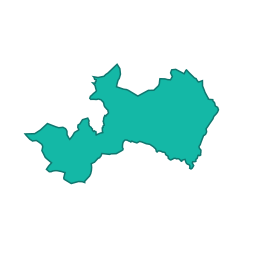 Kafur, Katsina, Nigeria, rotated 40°
{"feature_id": "59680162B10083289652159", "entity_name": "Kafur", "entity_type": "district", "adm_level": 2, "iso_a3": "NGA", "parent_name": "Nigeria", "parent_adm1": "Katsina", "projection": "orthographic", "projection_center": [7.693, 11.624], "detail": "fine", "context": "isolated", "style": "filled", "palette": "teal", "viewbox_px": 256, "rotation_deg": 40, "n_neighbors": 0, "source": "geoboundaries", "source_scale": "gbopen_adm2", "svg_char_len": 4507}
<svg xmlns="http://www.w3.org/2000/svg" viewBox="0 0 256 256"><g transform="rotate(40 128 128)"><path d="M129.9,197.6L129.1,196.7L129.1,196.3L129.4,189.5L129.2,188.8L128.8,187.1L127.8,185.1L127.1,183.8L126.7,183.3L125.5,181.6L122.8,178.9L124.3,175.7L124.5,170.5L125.4,169.0L125.2,167.7L125.3,166.9L125.1,166.4L124.8,165.5L124.4,164.3L130.8,160.1L131.7,158.6L135.5,155.2L137.5,150.0L137.6,149.8L138.1,148.0L137.5,147.0L136.2,146.5L135.5,145.5L134.8,144.6L134.0,143.3L133.4,141.9L133.3,140.0L133.3,139.5L134.0,138.6L135.3,137.8L136.9,137.5L138.0,137.0L139.2,136.9L139.3,135.6L141.5,134.9L144.4,133.7L145.5,130.8L147.6,129.8L152.1,128.3L155.2,126.5L159.6,126.0L161.1,126.2L162.2,126.1L163.3,126.6L163.9,127.0L164.5,127.6L165.7,127.7L165.8,127.2L165.8,126.5L166.1,125.8L167.3,125.1L168.7,124.4L169.7,124.4L170.7,123.7L171.6,123.2L172.0,123.1L172.8,123.3L174.0,124.2L176.8,123.9L177.6,124.4L177.9,125.0L178.2,125.2L178.3,125.3L179.5,125.3L180.9,125.2L181.4,124.9L181.7,124.0L182.2,123.2L182.4,122.5L182.7,121.7L183.8,120.8L185.1,120.4L185.4,120.1L185.9,119.4L186.6,119.0L187.3,118.9L188.3,118.9L189.2,119.1L190.2,119.2L190.5,118.8L190.1,118.3L190.2,117.8L190.6,117.3L190.9,116.8L191.2,116.2L191.6,115.8L191.9,115.4L192.2,115.6L192.5,115.7L192.9,116.0L193.5,116.5L194.8,117.2L195.8,117.5L197.0,117.4L198.4,116.9L199.3,117.0L199.9,117.5L200.7,118.4L201.1,119.2L202.6,118.9L203.0,117.6L202.5,114.6L199.7,113.5L199.3,112.4L201.1,110.5L201.4,109.9L201.0,109.5L200.2,108.3L200.5,106.8L199.9,105.4L199.2,104.0L199.5,103.5L200.2,103.4L200.8,102.8L201.0,101.9L200.4,101.3L199.9,100.7L199.5,99.9L198.1,98.1L197.4,97.9L196.0,97.7L195.3,97.4L194.4,96.7L194.2,96.3L194.0,94.2L193.5,93.1L191.9,88.6L191.3,86.8L190.7,85.1L191.2,84.3L191.4,82.7L190.7,80.4L188.3,78.4L188.2,76.2L187.8,72.9L187.2,66.5L186.3,64.0L186.5,60.7L186.4,58.5L185.6,55.9L183.4,54.6L181.9,54.8L181.0,55.0L180.5,54.9L178.9,53.6L178.5,53.3L178.0,53.0L176.9,52.8L176.1,52.8L175.3,52.4L174.7,51.8L174.3,52.1L173.3,52.8L172.2,53.6L170.9,54.2L170.3,53.6L169.1,53.2L163.8,51.1L162.9,50.5L158.1,47.9L154.6,43.9L152.6,47.3L151.8,47.5L149.6,46.9L148.4,46.4L146.8,47.0L144.6,46.8L139.2,46.4L135.5,45.9L135.4,46.2L135.3,46.5L136.1,50.4L126.9,52.4L124.1,55.3L124.5,56.5L125.2,58.4L126.7,59.1L128.9,60.1L129.6,63.8L127.2,65.5L124.8,66.6L120.8,69.7L121.5,70.9L123.7,74.2L124.2,76.2L123.5,82.5L119.4,86.1L115.0,97.2L107.0,98.5L104.3,98.9L102.2,99.5L99.7,101.1L96.1,102.5L92.7,103.8L91.3,101.4L89.7,98.0L89.4,95.6L87.6,91.6L83.6,87.8L78.7,86.2L78.2,90.5L77.3,98.8L76.5,101.6L76.5,102.2L76.4,103.8L72.6,108.6L68.7,110.9L69.4,111.0L70.0,111.4L70.7,111.9L71.2,112.2L72.6,111.5L73.6,112.9L73.5,113.1L73.5,113.3L73.5,113.7L73.4,113.7L73.4,113.9L73.6,114.1L74.1,114.6L73.6,115.1L73.3,115.4L72.1,116.1L74.9,116.5L75.5,116.7L76.5,117.4L77.4,118.1L79.8,119.7L80.0,120.7L79.4,123.8L79.3,124.7L79.2,125.9L79.2,126.3L79.1,127.1L79.0,127.3L78.8,127.7L79.6,129.8L81.1,130.0L81.9,129.2L83.6,127.8L84.9,126.9L85.9,126.0L86.4,125.1L87.1,124.6L89.4,123.7L91.0,124.0L92.6,124.1L93.7,124.8L95.1,126.0L96.4,126.7L97.9,126.9L99.8,127.2L101.1,127.2L101.9,128.0L103.3,129.0L103.4,130.0L103.3,131.2L103.1,131.6L103.1,132.4L103.3,133.0L103.1,133.1L102.5,133.1L102.2,133.3L102.5,134.2L102.7,135.0L103.1,136.2L103.5,136.6L103.9,137.1L104.2,137.8L104.5,138.2L104.6,138.8L105.4,139.1L105.9,139.7L106.4,140.1L107.0,140.3L107.4,140.5L107.6,141.1L107.9,141.2L107.6,141.9L107.7,142.7L108.3,143.4L108.6,143.6L108.2,144.5L110.8,147.2L111.6,147.7L110.1,149.7L109.9,150.1L109.6,150.8L109.2,151.5L108.7,152.5L108.3,153.6L108.0,153.8L107.1,152.8L106.2,151.8L105.7,151.4L104.7,151.9L104.4,152.0L104.0,151.9L103.9,152.2L103.9,152.7L102.9,152.7L101.9,152.4L101.3,151.6L100.4,151.7L99.5,151.2L98.5,151.3L97.5,151.4L96.8,151.1L95.7,150.5L95.5,149.9L94.4,149.3L93.9,148.1L93.5,147.5L91.7,146.7L90.8,146.3L87.8,150.9L88.5,155.9L87.8,157.8L89.1,159.8L90.5,160.4L91.3,160.8L91.4,161.0L91.4,161.4L89.9,165.8L90.6,169.8L90.7,174.2L90.1,174.1L85.7,172.4L84.9,171.5L83.3,169.7L81.9,169.1L80.5,168.7L77.7,169.3L74.8,172.3L71.9,173.5L63.4,176.4L62.2,185.8L60.2,192.3L53.0,198.7L54.4,199.0L60.0,199.7L63.3,199.3L63.9,198.5L65.8,196.5L67.5,196.2L69.6,196.0L72.4,195.9L74.2,196.7L74.9,197.5L75.6,198.8L76.6,200.7L79.3,201.8L83.5,203.7L86.1,203.8L91.8,203.8L91.7,208.3L92.1,212.1L95.8,212.1L97.2,210.9L98.0,209.3L99.5,207.6L101.2,206.2L105.0,204.1L107.8,203.0L108.4,202.6L110.9,207.6L112.0,208.3L120.2,207.0L124.5,200.8L127.4,198.6L127.6,198.5L127.8,198.4L129.9,197.6Z" fill="#14b8a6" stroke="#0f766e" stroke-width="1.5"/></g></svg>